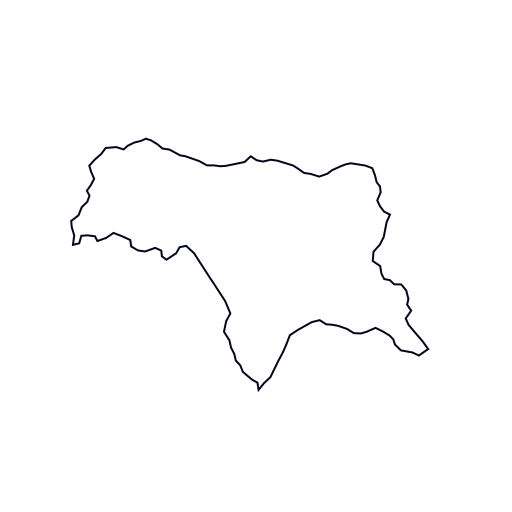 Valinhos, São Paulo, Brazil, rotated 56°
{"feature_id": "56859067B52008332271728", "entity_name": "Valinhos", "entity_type": "district", "adm_level": 2, "iso_a3": "BRA", "parent_name": "Brazil", "parent_adm1": "São Paulo", "projection": "albers", "projection_center": [-46.981, -22.98], "detail": "fine", "context": "isolated", "style": "outline", "palette": "ink", "viewbox_px": 512, "rotation_deg": 56, "n_neighbors": 0, "source": "geoboundaries", "source_scale": "gbopen_adm2", "svg_char_len": 1918}
<svg xmlns="http://www.w3.org/2000/svg" viewBox="0 0 512 512"><g transform="rotate(56 256 256)"><path d="M123.6,389.6L129.0,392.6L137.3,395.2L144.4,401.5L146.6,395.5L141.6,389.5L144.6,384.2L149.6,378.5L154.9,379.1L157.2,370.2L157.2,361.2L164.9,355.9L172.4,351.3L178.3,354.1L185.3,350.8L190.2,345.5L192.9,335.0L198.6,331.5L203.6,334.2L209.0,332.3L209.1,320.7L206.0,314.4L208.5,308.3L218.9,305.8L238.2,306.2L248.5,306.4L255.1,306.4L276.3,306.8L289.3,309.4L293.3,317.1L300.9,324.9L311.0,325.2L317.9,327.9L325.1,328.8L331.3,331.2L337.9,330.2L344.8,331.7L350.8,330.0L356.6,328.3L361.8,325.6L368.4,328.7L365.9,320.5L364.5,311.8L355.5,296.3L351.3,288.3L346.5,280.6L340.6,272.2L340.7,262.3L342.0,246.7L344.8,239.1L352.0,235.9L355.2,231.7L359.9,226.9L367.4,221.3L374.7,218.0L378.9,212.3L380.7,206.6L382.4,197.1L389.8,192.9L396.7,189.7L401.9,188.8L407.1,190.3L415.3,188.6L423.5,180.2L429.6,176.6L429.4,165.3L419.7,165.6L409.6,166.8L398.4,168.0L391.5,166.8L388.1,157.9L380.8,157.9L376.9,153.7L368.5,150.7L360.8,151.5L356.7,157.3L350.9,158.5L346.8,162.6L341.0,161.9L333.8,158.7L325.4,162.0L318.2,156.2L315.8,146.8L311.6,139.4L305.8,133.6L301.0,128.8L296.6,121.8L290.9,125.0L284.4,125.4L277.7,124.4L272.9,117.0L267.6,114.3L262.3,114.7L255.5,112.2L248.2,110.5L242.0,114.9L236.2,121.2L232.1,125.6L230.1,130.7L228.9,136.0L227.4,145.0L227.7,150.9L225.5,159.2L218.6,164.7L214.0,169.7L207.9,172.0L201.9,174.5L194.2,180.7L188.8,185.1L184.4,190.0L181.6,197.4L177.0,201.9L170.4,204.6L171.7,212.9L167.9,222.2L164.3,230.8L161.5,235.6L157.5,240.0L153.4,246.0L145.4,250.1L139.4,254.6L133.9,258.7L130.0,262.7L125.4,265.1L119.3,268.3L114.7,273.4L108.4,275.2L101.5,278.3L97.2,281.7L96.2,287.2L93.9,293.4L92.9,300.5L93.6,306.2L87.6,310.9L82.4,320.2L84.9,327.4L85.9,335.6L87.9,343.7L93.6,345.5L101.5,347.0L105.0,353.6L107.3,359.7L112.9,360.3L116.7,365.5L118.1,373.2L123.0,380.4L123.6,389.6Z" fill="none" stroke="#020617" stroke-width="2"/></g></svg>